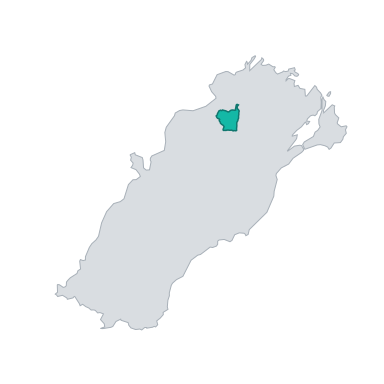 Isparta highlighted on a map of Turkey, rotated 135°
{"feature_id": "TUR-2275", "entity_name": "Isparta", "entity_type": "Province", "adm_level": 1, "iso_a3": "TUR", "parent_name": "Turkey", "parent_adm1": "", "projection": "orthographic", "projection_center": [30.888, 37.933], "detail": "fine", "context": "in_parent", "style": "filled", "palette": "teal", "viewbox_px": 384, "rotation_deg": 135, "n_neighbors": 0, "source": "natural_earth", "source_scale": "10m", "svg_char_len": 4652}
<svg xmlns="http://www.w3.org/2000/svg" viewBox="0 0 384 384"><g transform="rotate(135 192 192)"><path d="M292.0,126.0L297.5,127.3L299.0,125.6L303.8,125.3L308.1,125.8L310.1,122.4L313.1,122.3L313.9,123.8L315.4,124.2L320.3,127.7L319.9,128.2L321.2,129.6L325.1,130.0L325.8,132.0L329.1,134.6L331.3,139.1L330.9,142.5L329.5,144.8L332.9,151.5L332.3,152.5L337.3,154.2L343.1,152.9L345.1,153.7L351.6,158.4L353.3,160.3L349.1,158.3L347.2,160.9L346.9,166.5L340.8,168.4L342.3,171.8L344.2,173.2L344.1,176.7L344.8,178.0L346.8,179.9L347.0,183.0L348.2,186.1L348.7,189.9L351.5,190.7L350.6,192.7L348.8,200.8L349.1,201.4L351.1,201.3L356.0,204.3L355.4,205.6L356.6,210.5L360.9,213.1L360.6,214.9L360.9,216.5L358.0,216.2L353.0,221.5L352.3,221.5L351.3,220.0L350.5,215.6L349.0,214.7L347.2,214.6L344.4,217.1L341.5,217.4L338.7,217.4L330.9,215.7L328.3,217.0L325.3,216.3L320.3,222.5L318.7,223.1L317.5,220.5L315.4,219.3L313.1,221.6L303.8,225.4L299.4,226.3L293.9,226.0L289.4,226.8L277.7,234.1L266.2,238.5L255.6,239.2L249.5,235.9L244.9,235.3L231.7,242.2L225.1,242.4L222.7,240.2L217.5,239.5L216.5,241.9L215.8,247.4L217.9,252.4L215.0,252.9L213.2,254.1L212.9,257.9L210.3,259.5L209.6,261.9L209.1,262.0L204.7,260.3L205.8,258.4L202.8,251.5L204.0,249.3L209.2,243.3L208.9,239.9L206.4,237.7L199.6,242.3L199.0,244.0L197.5,245.3L194.9,245.9L182.2,241.0L175.1,246.1L169.1,253.3L164.4,256.0L150.5,258.3L148.0,259.7L143.2,258.4L140.4,256.5L133.8,248.7L121.6,242.8L108.8,241.3L107.6,242.9L107.2,249.0L105.1,254.8L104.0,255.4L101.2,253.9L91.3,257.2L82.9,253.3L81.4,251.6L79.6,244.9L78.4,244.4L77.1,245.3L75.6,245.2L69.7,242.2L66.4,241.9L64.4,244.7L61.1,245.8L61.1,244.9L62.4,243.1L57.3,243.3L54.6,244.6L51.0,243.7L51.2,242.9L54.2,242.1L61.0,241.3L65.4,237.0L49.3,236.6L47.7,237.5L47.6,235.2L48.5,234.2L52.8,233.5L52.6,231.6L50.1,229.4L47.3,228.2L46.2,223.3L44.8,222.0L45.0,221.3L47.7,220.6L48.4,217.1L48.1,214.9L43.0,212.8L41.8,212.9L40.7,211.0L38.5,209.5L36.7,210.5L31.6,207.4L32.7,205.3L34.0,205.5L34.3,203.8L33.4,201.0L33.6,199.6L34.7,199.3L36.0,199.6L37.2,201.3L37.2,204.5L38.5,206.4L39.5,204.6L41.8,205.7L46.1,204.9L46.9,204.1L43.8,204.1L42.8,203.3L40.5,198.0L43.1,196.6L45.0,194.2L41.6,192.4L42.4,188.9L39.6,184.8L43.8,179.9L43.7,179.1L42.4,178.8L29.9,180.4L29.8,178.1L30.9,176.1L31.0,171.2L31.7,168.6L34.0,167.9L37.0,164.2L41.8,159.8L46.5,160.1L48.4,158.9L51.2,159.0L52.0,160.8L54.4,162.1L58.7,162.1L60.8,161.0L58.9,158.7L61.4,158.0L63.3,158.6L62.2,161.0L62.8,161.3L68.4,160.7L74.3,161.5L80.8,161.3L81.6,160.6L77.1,158.0L80.1,155.9L81.7,155.5L95.3,153.7L95.4,153.2L87.1,152.0L82.9,149.0L81.7,147.4L82.7,143.6L83.6,142.6L86.5,142.5L96.7,144.4L103.9,143.4L111.8,145.9L119.4,145.4L121.0,144.3L122.9,140.6L133.4,134.4L137.1,131.2L153.4,124.7L178.1,124.9L182.3,122.3L184.8,123.0L184.2,124.6L184.4,126.1L187.5,129.7L192.0,131.6L198.0,129.5L200.3,130.0L202.8,135.7L206.8,138.9L208.6,139.1L210.8,136.9L213.0,136.5L216.7,138.2L218.1,140.2L230.1,141.8L232.7,143.3L240.9,144.4L258.1,138.8L264.9,141.0L270.3,141.3L272.6,140.7L279.4,136.7L281.4,134.6L285.6,132.5L290.7,128.2L292.0,126.0ZM64.9,125.2L64.3,127.8L65.3,130.7L67.7,134.7L70.1,136.7L82.0,142.4L80.2,147.3L77.2,148.0L66.9,145.4L62.6,147.3L59.6,146.7L55.4,147.4L54.1,150.4L51.0,153.7L42.5,157.6L34.4,165.7L32.2,166.7L33.3,163.9L33.4,161.4L36.8,158.6L41.6,156.6L42.9,154.8L31.2,154.5L30.2,151.9L31.4,151.4L35.4,147.0L35.9,145.2L35.8,140.6L40.5,138.2L40.9,137.1L40.4,132.6L36.2,129.8L36.3,128.5L39.5,127.5L41.4,124.4L45.9,124.0L48.1,122.6L52.1,122.0L56.8,126.1L62.6,124.8L64.9,125.2ZM28.3,165.1L24.3,165.6L23.1,164.9L24.4,163.6L27.5,162.8L28.4,164.2L28.3,165.1Z" fill="#d9dde1" stroke="#a8b0b8" stroke-width="1"/><path d="M119.7,206.1L120.2,207.7L121.6,208.9L122.7,210.3L123.9,211.3L124.5,211.5L124.9,212.1L126.2,213.3L126.1,214.0L125.0,214.7L123.7,215.2L123.1,215.6L122.8,217.1L123.2,218.8L123.2,220.6L122.5,221.8L122.4,222.9L121.9,223.6L121.1,223.8L121.1,224.6L121.5,225.3L121.8,226.1L121.6,227.5L121.1,228.7L120.2,228.6L119.3,228.9L118.4,229.5L117.5,229.7L115.6,230.3L114.0,229.7L113.8,229.0L113.4,228.5L112.9,228.4L112.6,228.5L112.2,228.1L112.1,227.7L111.0,226.0L110.5,224.9L109.9,223.1L108.9,222.5L107.7,222.5L106.5,222.2L105.7,221.6L105.0,220.9L104.2,219.8L103.3,219.1L102.5,220.0L102.0,220.3L101.5,220.6L99.5,222.0L98.8,222.3L98.2,222.1L97.8,221.4L97.6,220.7L99.0,220.6L100.3,219.9L100.9,218.8L101.1,216.5L101.5,215.8L102.7,215.1L104.3,213.5L105.0,213.1L105.9,212.3L106.8,211.3L107.5,211.0L108.2,210.8L109.2,210.0L109.5,209.9L109.9,209.9L111.3,209.4L112.4,208.3L113.5,207.1L115.7,205.3L116.6,204.3L116.9,204.0L117.4,204.1L117.7,204.3L118.0,204.6L118.8,205.7L119.2,206.0L119.7,206.1Z" fill="#14b8a6" stroke="#0f766e" stroke-width="1.5"/></g></svg>